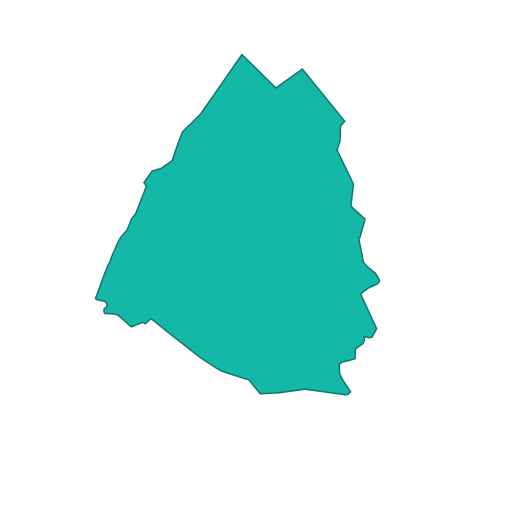 Sana'a City Outskirts - Hamdan, Sana'a, Yemen (Natural Earth projection), rotated 141°
{"feature_id": "15242507B72853055261657", "entity_name": "Sana'a City Outskirts - Hamdan", "entity_type": "district", "adm_level": 2, "iso_a3": "YEM", "parent_name": "Yemen", "parent_adm1": "Sana'a", "projection": "natural_earth1", "projection_center": [44.145, 15.413], "detail": "fine", "context": "isolated", "style": "filled", "palette": "teal", "viewbox_px": 512, "rotation_deg": 141, "n_neighbors": 0, "source": "geoboundaries", "source_scale": "gbopen_adm2", "svg_char_len": 2207}
<svg xmlns="http://www.w3.org/2000/svg" viewBox="0 0 512 512"><g transform="rotate(141 256 256)"><path d="M243.6,113.9L237.4,121.1L233.0,121.0L229.9,120.7L228.7,120.5L224.9,122.1L222.5,125.3L219.7,121.5L216.8,119.9L208.0,123.6L199.3,157.9L198.4,160.7L189.3,160.5L178.8,157.9L176.3,158.4L175.2,159.8L174.1,167.3L176.3,178.2L176.3,179.2L176.4,181.7L176.5,183.3L165.0,205.2L163.6,205.0L148.1,215.9L149.6,226.4L150.8,234.6L150.8,235.1L135.1,250.5L129.9,272.2L126.4,287.0L123.5,289.4L118.8,292.1L114.1,297.2L111.5,300.3L109.9,302.4L107.8,304.0L102.3,304.8L102.3,327.9L102.3,333.3L102.3,333.8L102.3,346.3L102.3,354.9L102.3,372.1L126.5,373.6L128.5,373.7L134.8,374.0L140.2,421.4L209.7,401.2L213.0,400.8L225.2,399.6L234.9,398.8L246.2,392.3L254.9,386.8L261.1,382.9L269.9,383.5L274.6,383.8L282.0,386.9L283.0,387.4L296.9,383.6L297.2,379.2L313.0,370.2L317.2,367.8L320.1,366.2L322.9,364.6L325.6,364.1L326.7,363.8L329.9,363.0L330.3,362.7L330.7,362.5L331.0,362.2L331.8,361.7L335.0,360.0L337.0,358.9L339.6,357.5L348.3,355.8L349.7,355.5L350.1,355.4L354.4,353.5L355.3,353.1L355.9,352.8L358.1,351.7L358.9,351.4L362.9,349.2L364.4,348.5L366.1,347.6L369.1,346.0L370.2,345.4L372.7,343.8L373.4,343.3L376.2,342.2L377.4,341.6L380.5,339.9L385.2,337.3L407.4,324.0L407.5,323.1L406.8,321.9L404.5,319.0L401.5,315.3L401.7,314.7L401.7,313.8L402.0,313.2L402.1,312.8L402.3,312.1L402.6,311.6L403.8,310.9L404.3,310.3L404.9,310.4L406.5,310.5L407.4,310.5L407.9,309.9L409.2,308.4L409.4,307.9L409.6,307.2L409.7,306.5L406.8,303.9L405.3,302.6L403.5,301.0L400.4,297.1L399.7,292.9L399.6,292.5L399.6,292.1L397.5,279.5L394.7,278.5L388.0,276.5L386.3,276.0L385.8,275.8L384.7,273.0L377.1,273.5L376.4,270.9L375.1,264.7L374.9,263.9L371.9,250.2L371.7,248.9L370.9,245.4L370.7,244.7L369.1,237.8L368.7,236.1L367.9,232.5L366.3,225.5L364.9,219.2L364.4,217.1L363.8,214.5L362.1,208.5L358.8,198.4L358.1,196.1L357.6,194.3L356.9,192.7L354.8,187.5L353.0,184.8L347.8,176.8L345.3,173.0L345.0,172.6L342.6,168.8L339.5,164.5L339.5,163.9L339.4,146.2L338.5,145.6L323.8,135.0L301.8,121.7L273.5,91.5L271.4,90.6L267.9,91.0L267.7,93.3L266.7,104.5L265.0,112.0L260.2,118.5L259.6,119.2L255.8,119.5L249.9,116.4L243.6,113.9Z" fill="#14b8a6" stroke="#0f766e" stroke-width="1.5"/></g></svg>